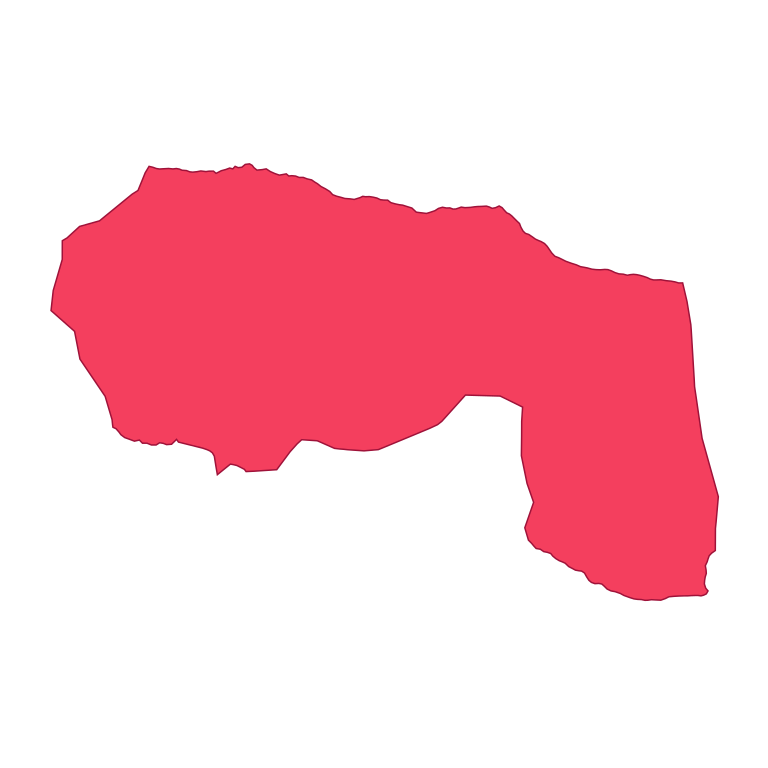 Brejo do Piauí, Piauí, Brazil, rotated 268°
{"feature_id": "56859067B37698390775933", "entity_name": "Brejo do Piauí", "entity_type": "district", "adm_level": 2, "iso_a3": "BRA", "parent_name": "Brazil", "parent_adm1": "Piauí", "projection": "mercator", "projection_center": [-42.787, -8.365], "detail": "fine", "context": "isolated", "style": "filled", "palette": "rose", "viewbox_px": 768, "rotation_deg": 268, "n_neighbors": 0, "source": "geoboundaries", "source_scale": "gbopen_adm2", "svg_char_len": 3845}
<svg xmlns="http://www.w3.org/2000/svg" viewBox="0 0 768 768"><g transform="rotate(268 384 384)"><path d="M489.0,56.7L469.0,53.8L447.4,76.6L419.5,81.0L381.4,104.9L357.8,111.0L352.9,111.3L350.2,111.6L348.7,114.6L345.3,117.4L342.5,119.3L339.5,123.0L337.6,127.8L335.6,132.6L336.5,137.6L333.3,140.5L333.1,145.1L331.2,149.4L331.0,154.1L333.1,157.7L332.4,161.3L331.0,164.6L331.2,169.6L334.0,172.7L335.9,174.7L333.1,176.6L326.2,200.6L324.6,204.8L323.3,207.5L321.2,210.1L317.8,211.9L307.3,213.2L299.2,214.3L309.3,227.7L308.7,230.5L307.7,234.1L305.6,238.0L303.6,241.5L301.3,243.1L301.4,251.2L302.1,273.8L319.6,287.8L327.2,295.1L331.2,299.8L329.6,315.3L327.7,319.3L321.4,332.3L320.6,337.5L320.2,341.2L319.6,345.3L317.9,361.7L318.6,376.0L320.1,380.1L325.6,394.8L331.0,409.2L336.0,422.5L338.1,428.1L341.5,436.1L344.8,440.6L370.1,465.0L367.9,499.7L356.1,521.7L341.9,520.3L326.5,519.7L307.5,518.8L279.6,523.5L260.5,529.4L235.4,519.7L222.9,522.9L219.8,525.8L216.6,528.3L214.3,530.3L213.4,534.5L210.9,537.8L210.1,541.3L208.8,544.7L206.1,546.7L203.5,549.6L201.3,553.0L200.0,556.0L198.6,558.8L195.1,562.2L192.9,566.1L191.3,568.8L190.6,572.0L190.1,575.0L188.1,577.8L184.2,579.8L180.7,581.9L178.5,584.3L177.1,587.8L177.2,591.7L176.5,594.7L174.3,597.0L171.3,599.8L169.3,603.6L168.4,607.7L166.4,612.9L164.3,616.4L163.1,619.4L161.9,622.4L160.5,626.4L159.9,630.0L159.6,633.7L158.7,637.3L158.7,640.2L159.1,643.7L158.7,648.0L158.3,653.1L159.7,657.6L161.4,661.3L161.7,666.5L161.8,671.0L161.8,676.1L161.7,680.4L161.8,683.6L161.8,687.5L161.7,690.5L161.2,693.4L161.8,696.1L163.0,698.8L165.9,700.6L168.7,698.4L173.0,697.2L176.6,697.6L180.0,698.3L183.4,699.5L186.7,699.4L191.2,698.8L195.1,700.8L197.8,701.7L201.0,703.0L203.5,705.5L206.0,709.3L228.1,710.2L234.6,711.1L259.7,714.2L318.6,700.0L359.8,695.5L370.4,694.3L377.0,694.2L428.0,692.9L432.7,692.7L455.9,689.7L474.6,686.0L474.7,682.0L475.9,678.4L476.8,674.3L477.4,669.7L478.5,664.3L478.5,659.8L478.6,657.0L479.5,653.9L481.1,650.9L482.5,647.2L483.7,643.5L484.5,640.2L484.9,637.1L484.7,634.0L484.2,631.0L485.4,627.0L485.9,622.6L487.3,618.7L489.1,615.3L490.5,611.8L490.8,608.7L490.6,604.1L490.9,599.9L491.5,595.8L492.9,591.3L493.7,587.8L494.4,584.5L496.4,580.3L498.1,575.5L500.3,570.0L502.5,566.0L504.1,563.0L505.7,559.2L509.1,556.2L513.2,553.6L516.0,551.8L518.8,549.3L520.9,545.9L522.0,543.4L523.5,540.4L525.7,537.6L528.4,533.9L529.6,530.6L532.0,528.3L535.9,526.3L539.7,525.0L541.8,522.9L544.9,520.0L547.6,517.5L549.6,515.1L550.8,512.6L553.7,510.1L556.1,508.2L557.9,505.3L556.3,501.6L555.8,498.2L557.2,495.5L558.2,492.6L558.1,487.5L558.1,483.5L557.9,480.4L557.5,476.5L557.4,471.1L558.1,467.3L557.2,464.6L556.4,461.8L556.4,459.1L557.7,456.0L557.7,452.6L558.6,448.6L557.6,444.6L555.4,440.9L554.6,438.2L553.7,435.2L553.0,432.4L553.5,429.2L554.1,425.3L554.6,422.3L556.8,420.1L558.9,418.0L560.7,412.8L562.1,408.9L562.6,405.7L563.6,401.6L565.0,397.2L567.6,394.1L567.8,390.4L568.3,386.9L570.1,383.4L571.1,379.7L571.8,376.0L571.8,372.1L572.3,369.3L571.1,366.6L569.5,360.7L570.2,356.7L570.8,351.3L572.0,347.7L573.3,343.3L575.0,339.3L578.3,336.5L581.1,332.3L583.6,327.9L586.5,324.5L588.1,322.0L590.5,318.8L591.7,314.3L593.3,310.5L593.4,306.4L594.9,302.9L595.4,299.1L595.2,296.1L597.4,293.7L596.4,286.7L598.2,282.1L600.3,277.8L603.1,273.8L602.5,269.7L602.2,264.5L604.7,261.6L607.1,259.9L608.7,257.3L608.3,253.0L605.6,249.5L605.3,245.8L606.7,242.8L604.3,240.4L605.2,237.3L603.9,233.4L602.8,228.7L601.5,226.0L600.4,223.5L602.7,221.0L602.8,216.2L602.5,213.5L603.3,208.4L602.7,204.4L602.4,200.3L602.8,197.4L604.2,194.0L604.7,189.6L605.9,187.1L606.6,184.0L606.3,180.6L606.9,176.2L606.8,171.2L606.7,167.1L607.3,164.0L608.7,160.5L609.7,156.8L603.4,152.7L596.4,149.6L586.0,144.9L582.5,138.9L562.5,112.6L557.0,105.4L552.1,85.3L541.0,72.3L538.4,67.5L528.0,67.1L519.7,66.8L489.0,56.7Z" fill="#f43f5e" stroke="#9f1239" stroke-width="1.5"/></g></svg>